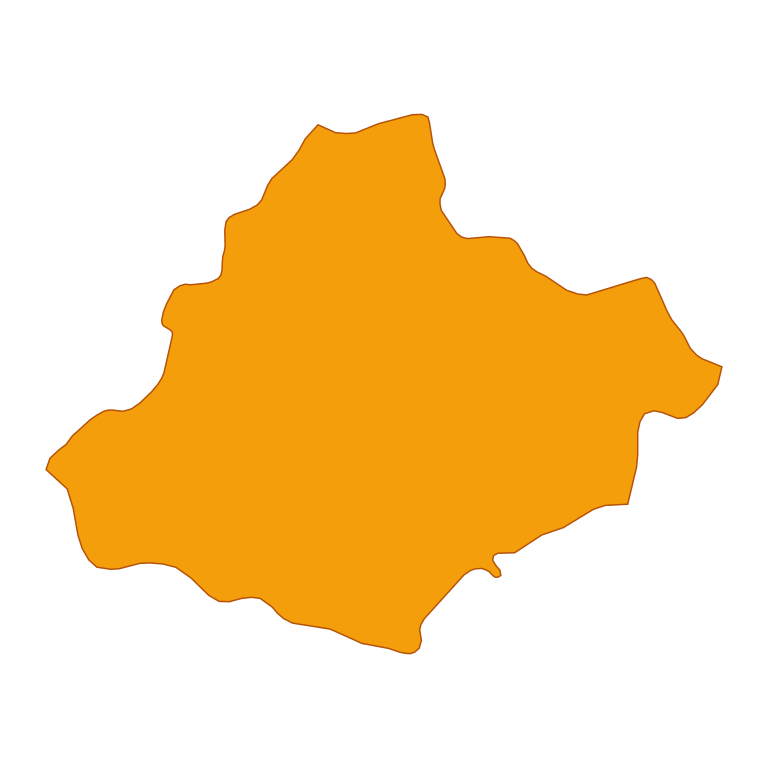 Relizane, orthographic projection
{"feature_id": "DZA-2203", "entity_name": "Relizane", "entity_type": "Province", "adm_level": 1, "iso_a3": "DZA", "parent_name": "Algeria", "parent_adm1": "", "projection": "orthographic", "projection_center": [0.791, 35.819], "detail": "fine", "context": "isolated", "style": "filled", "palette": "amber", "viewbox_px": 768, "rotation_deg": 0, "n_neighbors": 0, "source": "natural_earth", "source_scale": "10m", "svg_char_len": 2099}
<svg xmlns="http://www.w3.org/2000/svg" viewBox="0 0 768 768"><path d="M721.9,366.8L717.8,384.5L702.5,404.6L693.7,412.8L685.8,417.6L677.7,418.4L661.9,412.4L653.8,410.8L644.5,413.8L640.0,421.6L637.7,432.2L637.7,454.7L636.5,467.3L627.7,504.2L605.2,505.4L593.4,509.3L563.3,527.6L541.7,535.0L514.6,552.8L497.9,553.2L493.5,555.6L492.7,560.3L495.8,565.4L500.0,570.4L500.8,575.5L497.6,577.3L495.2,577.2L492.8,575.5L489.5,571.9L486.2,570.0L481.6,568.4L474.9,568.9L470.1,570.7L464.0,574.9L424.3,618.7L420.8,624.8L419.7,629.7L421.4,640.5L419.2,648.2L414.9,652.0L410.5,653.6L406.0,653.4L400.1,652.3L388.6,648.4L361.9,643.4L330.2,629.1L292.5,623.1L283.5,618.5L277.3,613.1L272.4,607.2L260.2,598.4L251.5,597.3L241.1,598.5L229.3,601.7L219.1,601.4L208.7,595.3L190.9,577.9L175.9,567.3L163.0,564.0L149.7,562.9L139.6,563.4L119.3,568.7L111.0,569.3L96.9,567.2L88.9,560.0L82.2,548.5L77.9,534.9L73.2,508.4L67.2,488.9L46.1,469.6L49.9,458.4L59.0,449.8L66.1,444.5L72.1,436.2L90.0,419.9L97.1,415.0L103.8,411.3L108.1,410.1L113.0,410.1L122.8,411.3L131.3,409.0L139.7,403.2L151.4,392.0L157.8,384.4L161.9,377.9L164.0,372.6L172.2,336.6L172.5,333.7L172.0,331.8L170.6,330.3L168.3,328.7L163.8,326.1L162.1,323.8L161.7,320.1L163.4,311.9L166.5,304.0L173.9,289.8L180.1,285.7L185.5,284.2L190.5,284.8L206.3,283.2L211.4,281.9L218.1,278.6L220.8,275.2L222.1,270.1L222.2,263.5L222.8,256.5L224.4,251.0L225.1,246.0L224.8,229.9L226.1,221.6L229.2,217.5L234.5,214.3L249.3,209.4L257.0,205.2L261.7,199.9L267.9,184.8L271.8,178.6L292.2,159.7L298.9,150.4L305.3,138.8L318.0,124.8L335.5,132.7L346.4,133.5L355.6,132.9L378.5,123.7L412.4,114.7L421.8,114.4L427.9,117.0L429.5,122.8L432.6,142.6L434.4,149.4L444.9,178.7L445.3,184.1L444.6,188.8L440.1,198.7L440.0,203.8L441.2,210.3L457.0,233.7L461.7,237.1L467.4,238.6L489.1,236.7L509.9,238.2L513.9,240.4L517.5,243.7L524.3,255.4L527.8,263.2L531.8,268.3L537.0,271.9L545.9,276.3L566.7,290.3L577.6,294.0L586.6,295.0L640.6,278.6L646.6,277.4L651.4,279.6L654.8,283.3L667.3,311.6L671.9,320.0L681.1,331.6L684.4,336.6L690.2,348.3L696.6,355.1L702.1,358.8L721.9,366.8Z" fill="#f59e0b" stroke="#b45309" stroke-width="1.5"/></svg>